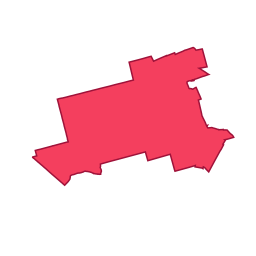 Marzanesti, Teleorman, Romania (Mercator projection), rotated 165°
{"feature_id": "2599482B49744648639079", "entity_name": "Marzanesti", "entity_type": "district", "adm_level": 2, "iso_a3": "ROU", "parent_name": "Romania", "parent_adm1": "Teleorman", "projection": "mercator", "projection_center": [25.534, 43.939], "detail": "fine", "context": "isolated", "style": "filled", "palette": "rose", "viewbox_px": 256, "rotation_deg": 165, "n_neighbors": 0, "source": "geoboundaries", "source_scale": "gbopen_adm2", "svg_char_len": 5215}
<svg xmlns="http://www.w3.org/2000/svg" viewBox="0 0 256 256"><g transform="rotate(165 128 128)"><path d="M227.6,124.6L227.5,124.4L227.6,124.2L227.3,123.6L227.1,123.4L227.0,123.2L226.8,123.0L226.6,122.8L226.3,122.4L225.7,121.3L225.2,120.7L224.6,119.8L224.2,119.1L224.0,118.9L223.9,118.7L223.6,118.2L223.2,117.7L222.6,116.9L222.3,116.4L221.9,115.8L221.3,114.9L220.7,114.1L220.3,113.5L219.8,112.7L219.2,111.8L219.0,111.5L218.3,110.5L217.8,109.8L217.3,109.0L216.9,108.4L216.5,107.7L216.1,107.2L215.9,106.9L215.5,106.2L215.1,105.6L214.1,104.1L213.7,103.5L213.2,102.7L212.2,101.3L211.9,100.8L211.4,100.1L210.5,98.8L204.0,89.1L199.7,91.7L197.4,93.6L196.4,95.7L196.3,96.2L196.0,96.6L195.9,96.7L195.8,96.8L195.5,96.9L195.1,97.1L194.7,97.1L194.1,97.2L193.5,97.2L193.0,97.1L192.5,97.1L191.9,97.1L191.4,97.2L190.9,97.2L190.2,97.3L189.9,97.3L189.3,97.4L188.8,97.4L188.3,97.4L188.1,97.4L187.6,97.3L187.4,97.3L187.0,97.2L186.8,97.1L186.7,97.1L186.2,97.1L185.6,97.0L185.3,97.0L185.0,97.0L184.7,97.0L184.3,97.0L183.7,97.1L183.3,97.1L183.0,97.1L182.8,97.1L182.5,97.1L182.2,97.2L181.7,97.4L181.4,97.4L181.2,97.4L180.9,97.4L180.5,97.4L180.4,97.4L180.1,97.1L179.8,97.0L179.3,96.8L179.0,96.7L178.6,96.6L178.2,96.4L177.9,96.2L177.6,96.1L177.4,96.0L177.1,95.9L176.9,95.8L176.5,95.6L176.1,95.3L175.8,95.1L175.5,95.0L175.2,94.8L175.0,94.7L174.9,94.6L174.6,94.4L174.3,94.1L174.0,93.8L173.7,93.6L173.5,93.4L173.4,93.4L173.3,93.2L173.2,93.1L173.1,92.9L172.9,92.9L172.7,92.8L172.2,92.6L171.9,92.4L171.7,92.3L171.4,92.2L171.2,92.1L170.9,92.0L170.8,91.9L170.7,91.9L170.4,91.8L170.3,91.7L170.2,91.7L169.9,91.6L169.7,91.5L169.5,91.4L169.4,91.4L169.0,91.3L169.0,91.2L168.9,91.2L168.7,91.1L168.4,91.0L168.2,90.9L167.8,90.7L167.7,90.7L166.4,90.4L166.2,91.1L164.9,93.1L164.7,94.4L165.1,97.1L164.4,98.2L164.0,100.3L154.8,100.4L117.4,100.4L117.3,91.3L94.0,91.7L93.9,75.6L93.8,74.1L79.0,74.2L74.2,74.3L72.7,74.4L73.3,73.1L67.9,70.6L67.1,70.3L66.1,69.3L65.3,71.0L64.8,70.6L63.9,69.4L63.2,67.9L61.4,64.7L51.9,74.8L45.4,81.6L43.4,83.4L40.0,87.1L40.5,87.8L37.1,91.0L37.6,91.6L34.7,91.5L28.3,91.6L28.5,92.7L29.2,94.3L30.8,96.4L32.8,100.4L34.4,100.9L36.4,101.4L36.4,102.0L37.6,102.1L38.7,102.4L40.0,102.6L40.8,102.8L40.8,103.1L41.3,103.3L41.6,103.4L43.4,104.6L43.7,104.8L44.2,105.1L44.9,105.5L45.8,106.0L46.8,106.7L47.0,106.8L47.4,106.8L49.1,107.1L49.7,107.2L50.2,107.3L50.6,107.3L50.8,107.4L50.9,107.5L51.0,107.6L51.2,108.6L51.4,109.4L51.2,109.5L50.7,109.8L50.5,110.0L50.8,110.0L51.2,109.9L51.4,109.9L51.5,109.9L51.5,110.0L51.6,110.4L51.8,111.8L51.9,113.1L52.5,116.1L52.8,117.6L53.0,118.4L53.2,120.0L53.4,120.6L53.2,123.3L53.0,128.6L52.9,131.5L52.8,134.2L52.8,136.8L49.9,137.1L50.1,138.7L50.4,141.0L50.7,142.8L51.0,144.8L51.1,145.9L51.5,147.9L51.5,148.3L51.5,148.5L51.7,149.6L52.2,149.6L54.4,149.0L55.0,148.8L55.5,148.8L55.8,148.8L56.0,149.0L56.1,149.3L57.5,150.0L58.4,150.1L58.6,150.2L58.7,150.3L58.8,150.6L59.0,152.9L59.4,155.8L59.4,156.2L59.2,156.7L59.1,157.1L58.9,157.3L58.7,157.4L57.8,157.6L57.7,157.7L56.6,157.7L55.7,157.7L55.1,157.1L54.8,157.0L53.9,156.9L53.9,157.3L53.5,157.3L53.5,157.8L52.9,157.8L52.9,157.7L52.6,157.6L52.6,157.2L52.5,156.9L52.4,156.7L52.1,156.7L52.0,156.8L51.7,157.0L51.5,157.3L51.4,157.5L51.2,157.8L50.8,157.8L48.6,157.9L45.5,158.2L43.1,158.4L42.1,158.5L41.6,158.4L38.8,158.6L36.8,158.8L36.1,158.8L37.6,160.4L39.0,162.1L40.4,163.6L43.6,167.1L43.8,167.3L41.4,167.0L38.4,166.8L35.8,166.6L35.8,171.2L35.8,185.1L36.4,185.2L38.5,185.3L41.1,185.5L42.2,185.6L42.3,186.0L42.6,186.7L43.0,187.5L43.8,188.6L44.3,188.9L47.0,188.7L51.0,188.4L53.1,188.4L54.7,188.0L57.0,187.7L58.6,187.5L59.4,187.4L63.3,186.8L63.5,188.6L66.1,188.3L69.9,187.9L72.1,187.7L72.0,187.9L72.0,188.0L78.4,187.1L86.0,185.9L87.1,191.3L90.4,191.3L95.7,191.2L100.6,191.2L109.9,191.3L110.0,186.6L110.2,181.0L110.3,177.1L110.4,172.9L114.7,173.0L117.1,173.0L120.3,173.0L129.0,173.2L132.3,173.2L135.5,173.2L139.8,173.3L144.8,173.4L147.7,173.4L152.4,173.5L155.6,173.5L159.2,173.6L163.7,173.6L164.8,173.6L165.8,173.6L169.3,173.7L172.7,173.7L175.0,173.8L176.5,173.8L179.7,173.8L183.1,173.9L184.2,173.9L184.3,174.0L184.8,174.1L185.7,174.1L187.0,174.2L188.0,174.1L188.8,174.1L188.8,173.7L188.8,173.2L188.8,171.9L188.8,170.5L188.8,169.4L188.8,168.1L188.9,166.7L188.9,165.8L188.9,164.8L188.9,163.2L188.9,162.9L188.9,160.8L188.9,159.7L188.9,158.4L188.9,156.6L189.0,154.7L189.0,153.6L189.0,153.1L189.0,152.4L189.0,151.3L189.0,150.5L189.0,149.4L189.0,148.7L189.0,147.7L189.1,146.9L189.1,146.1L189.1,144.1L189.1,143.3L189.1,142.3L189.1,141.1L189.1,140.4L189.1,138.8L189.2,137.5L189.2,136.8L189.2,135.8L189.2,134.0L189.3,133.3L189.3,133.1L189.4,132.9L189.3,130.7L189.3,130.1L191.4,130.2L192.8,130.2L194.7,130.2L196.1,130.2L196.7,130.2L196.9,130.2L197.9,130.2L199.0,130.2L199.8,130.2L200.7,130.2L201.8,130.2L204.5,130.2L205.5,130.3L206.6,130.2L208.9,130.2L209.6,130.2L210.6,130.2L211.2,130.2L212.2,130.2L213.1,130.2L213.7,130.2L214.5,130.2L214.9,130.2L215.9,130.2L217.4,130.2L217.9,130.2L218.4,130.2L218.8,130.2L219.3,130.3L219.8,130.2L220.2,130.3L221.1,130.3L221.8,130.3L222.7,130.3L223.2,130.3L223.4,130.3L223.4,128.8L223.4,127.0L223.4,126.2L223.4,125.0L223.4,124.7L224.0,124.7L226.1,124.7L226.9,124.7L227.5,124.7L227.6,124.6Z" fill="#f43f5e" stroke="#9f1239" stroke-width="1.5"/></g></svg>